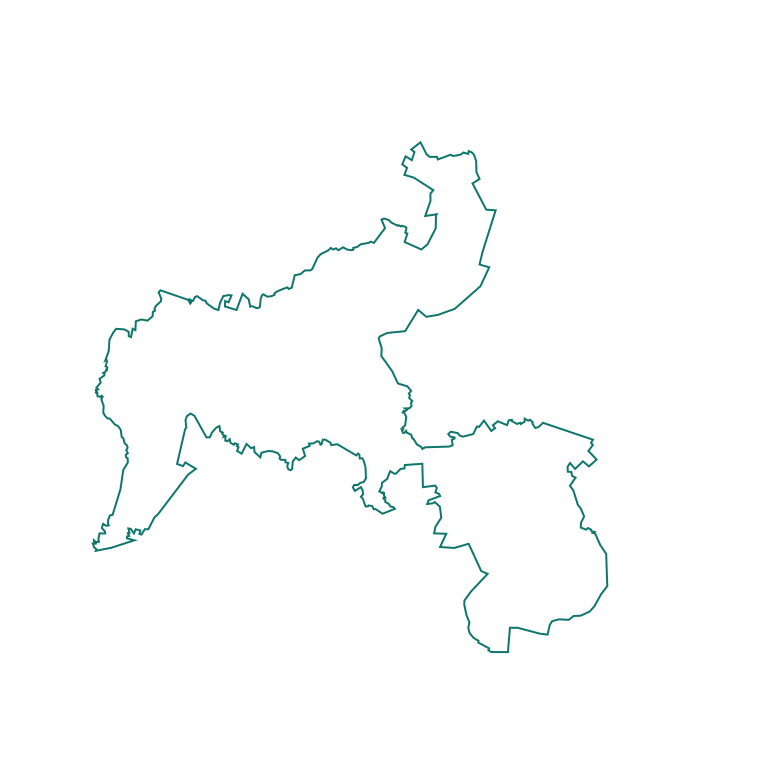 outline of Pichucalco, Chiapas, Mexico, rotated 198°
{"feature_id": "50627088B71001780437280", "entity_name": "Pichucalco", "entity_type": "district", "adm_level": 2, "iso_a3": "MEX", "parent_name": "Mexico", "parent_adm1": "Chiapas", "projection": "mercator", "projection_center": [-93.132, 17.509], "detail": "fine", "context": "isolated", "style": "outline", "palette": "teal", "viewbox_px": 768, "rotation_deg": 198, "n_neighbors": 0, "source": "geoboundaries", "source_scale": "gbopen_adm2", "svg_char_len": 6166}
<svg xmlns="http://www.w3.org/2000/svg" viewBox="0 0 768 768"><g transform="rotate(198 384 384)"><path d="M339.9,477.4L322.5,506.8L320.0,527.5L330.1,527.2L331.1,540.1L331.5,583.7L340.6,581.4L361.8,602.1L356.5,608.5L361.6,614.1L365.2,624.4L369.2,629.8L372.0,631.4L375.4,631.7L375.1,628.8L380.1,628.7L381.6,626.2L386.1,623.5L389.3,622.1L391.4,622.7L402.2,614.2L403.8,616.4L410.8,614.1L414.5,615.6L424.0,625.1L430.6,615.4L426.7,614.0L426.7,605.5L433.8,607.2L434.5,598.5L428.9,596.7L429.2,589.2L419.5,589.5L397.0,583.6L398.7,579.5L396.4,572.6L396.7,556.5L386.3,561.7L386.6,560.1L382.9,548.1L385.8,530.2L390.0,523.5L408.2,525.4L408.3,534.3L410.5,534.5L410.8,539.3L412.0,540.1L416.2,539.9L416.8,539.0L419.6,539.5L420.0,538.7L427.4,539.9L429.9,541.4L435.0,541.4L437.2,539.6L431.2,532.6L437.2,515.1L440.7,515.2L442.3,513.4L449.3,509.7L451.8,506.1L455.3,503.9L454.7,502.2L456.3,501.2L460.3,500.5L465.3,501.3L468.7,497.1L471.5,498.2L473.9,496.2L476.7,496.9L478.2,493.9L484.3,488.0L486.3,483.6L487.8,471.0L489.2,469.3L494.4,467.5L497.4,462.7L502.5,459.9L501.5,447.0L504.0,444.9L505.8,446.0L509.8,442.9L514.3,439.0L516.1,436.7L515.6,435.0L518.2,432.7L521.9,431.0L526.6,432.0L527.4,431.0L527.6,427.1L525.9,418.9L526.6,417.7L528.7,416.8L533.3,417.3L535.1,416.2L538.8,422.7L546.4,426.1L547.1,408.8L559.2,408.6L560.7,413.8L557.1,413.7L556.4,421.1L558.8,420.7L564.0,418.0L565.0,410.3L564.3,403.2L569.1,403.2L577.5,405.9L579.5,407.9L582.3,407.8L588.9,409.8L590.5,408.5L591.5,403.9L594.4,404.3L592.6,402.2L593.1,400.6L596.2,403.5L625.6,404.0L626.7,401.6L622.1,396.2L621.8,393.5L625.0,387.9L625.5,384.6L624.4,383.0L626.1,381.1L625.0,377.0L628.5,371.2L634.6,370.4L639.4,367.0L637.1,358.4L640.1,358.9L639.1,350.4L641.5,350.6L642.9,354.7L647.7,355.7L655.8,353.7L657.4,349.2L658.8,341.4L656.0,330.3L656.3,320.4L655.6,321.4L654.4,319.9L654.3,314.8L652.3,314.4L651.8,311.9L652.7,311.8L652.5,309.8L654.4,307.7L653.0,307.4L652.6,305.9L656.1,301.0L653.9,297.9L656.4,291.6L654.2,290.5L656.2,289.2L654.3,287.4L656.2,286.8L654.0,286.5L652.6,283.8L649.2,284.2L649.0,285.5L647.7,285.1L648.1,282.0L643.9,276.6L642.1,269.9L639.6,267.6L636.4,265.9L634.0,266.3L627.6,262.4L623.8,261.7L620.1,258.9L617.1,252.6L615.1,251.8L612.5,247.6L609.5,246.2L608.2,244.3L608.6,241.3L606.3,239.1L607.7,236.8L606.7,234.7L604.8,234.1L603.4,230.1L605.4,221.7L602.1,202.3L601.7,175.7L604.0,174.4L604.4,169.6L603.2,165.3L602.1,164.5L604.4,163.3L607.9,164.2L607.9,160.0L603.7,157.4L603.0,155.7L608.4,154.0L607.6,147.9L606.3,145.9L609.1,144.7L611.6,145.7L610.7,143.8L608.0,143.3L611.7,142.3L609.2,139.1L606.3,137.9L606.5,136.3L592.9,143.9L573.1,158.2L580.8,157.8L581.2,159.7L579.4,160.8L581.5,162.9L580.0,163.7L582.5,167.6L580.1,168.0L575.7,164.6L575.2,169.1L570.4,169.4L570.2,165.8L568.1,165.8L566.6,172.0L563.2,173.1L561.1,186.1L558.7,190.3L542.3,237.3L536.7,245.2L548.7,248.0L549.7,243.8L556.1,244.0L559.2,279.6L558.5,281.3L561.6,288.3L561.6,292.3L558.9,296.1L554.5,295.2L536.3,278.3L533.1,279.6L532.7,284.5L530.1,290.5L527.5,293.1L525.1,288.3L522.3,288.0L522.6,286.9L521.1,285.6L519.2,285.7L519.7,284.5L518.5,285.3L517.5,281.1L515.3,281.1L513.7,283.8L511.9,280.7L508.1,279.8L507.6,281.5L504.2,281.4L504.7,279.4L502.9,279.0L503.0,274.9L497.8,273.8L496.3,284.5L490.5,281.9L488.0,283.9L486.2,279.3L479.0,276.0L479.3,280.8L473.5,284.4L469.6,285.5L463.5,285.4L460.3,282.9L460.3,280.9L458.8,280.1L454.3,281.3L453.6,279.1L450.7,279.3L450.6,275.7L448.6,273.3L446.2,273.1L445.1,274.7L446.8,282.2L445.2,286.8L441.2,285.3L436.8,291.1L441.2,297.4L435.5,302.2L436.9,304.2L432.7,305.7L430.0,308.9L427.8,309.1L425.7,306.7L424.8,307.4L424.9,312.2L422.5,312.9L416.8,311.6L415.3,309.6L409.7,312.3L388.3,307.5L387.1,309.9L385.5,309.0L384.0,305.6L381.5,306.7L379.5,304.5L375.9,299.2L372.0,288.7L373.0,284.5L376.0,282.6L377.8,279.8L381.2,278.7L381.7,276.1L378.6,273.3L374.1,278.8L371.5,276.2L369.8,272.6L371.1,269.6L368.7,268.4L363.8,261.9L361.5,262.6L361.2,263.7L357.6,264.3L355.0,261.7L353.7,262.5L345.3,260.2L335.1,268.6L337.1,269.8L340.1,269.5L342.7,271.6L346.3,272.2L346.8,273.9L349.1,274.9L349.2,275.7L347.6,276.4L349.5,277.9L350.4,280.5L351.7,280.6L351.9,279.6L355.3,280.4L354.5,285.9L355.4,289.4L351.7,294.6L351.2,303.0L346.4,301.9L344.9,302.4L342.1,308.3L338.5,310.0L339.1,313.4L322.9,320.0L315.1,297.9L303.9,303.2L301.6,301.4L301.7,296.8L297.5,296.4L296.0,294.8L305.7,287.1L305.8,283.3L300.7,285.6L299.2,287.4L293.0,284.6L288.2,274.6L291.0,263.9L290.2,257.4L278.5,260.8L280.3,246.3L266.5,249.8L254.1,258.2L233.8,236.2L226.8,235.4L237.2,213.4L240.6,202.9L239.5,199.0L234.1,189.6L229.1,183.7L228.5,178.1L225.6,173.6L220.5,170.3L214.7,168.9L214.4,167.2L202.4,165.1L202.5,163.1L199.3,162.2L183.3,167.3L188.9,191.1L181.3,193.5L158.8,194.7L151.0,196.2L151.9,206.2L150.8,210.4L144.8,214.3L135.4,216.8L131.9,222.0L125.4,224.4L118.1,231.1L115.2,237.7L112.6,251.1L109.2,260.8L120.2,291.1L128.5,297.6L137.1,307.1L139.3,306.9L138.2,308.3L141.4,308.2L142.2,309.5L145.4,310.1L146.8,307.9L152.5,308.3L153.8,313.1L152.7,319.8L158.0,326.0L162.5,329.2L171.0,341.3L175.7,344.6L172.9,354.2L176.8,354.8L178.6,358.2L182.1,357.4L183.8,362.0L182.6,366.3L176.0,362.3L170.9,371.9L163.6,369.0L158.4,377.8L168.9,383.5L166.5,390.6L168.9,391.9L168.1,395.6L220.8,396.2L223.6,390.9L226.5,388.9L230.7,392.2L230.7,393.6L234.0,395.1L235.6,393.7L239.5,394.5L238.6,391.6L241.5,388.2L242.4,389.2L245.3,387.1L251.2,388.3L251.4,389.4L254.1,388.1L254.3,382.9L264.2,383.7L267.7,378.4L264.7,376.3L267.5,372.5L277.6,380.1L280.3,372.6L282.5,372.3L283.7,364.0L292.7,358.3L296.1,358.4L298.8,360.1L305.8,359.2L307.4,356.3L304.7,354.4L300.4,355.0L300.0,354.0L302.3,351.9L299.8,347.1L302.5,344.7L325.3,336.5L327.5,334.1L329.1,335.6L334.2,336.8L339.3,341.2L340.3,341.0L342.5,344.2L347.6,344.8L348.5,346.2L349.6,343.8L350.9,343.4L353.0,346.0L352.1,346.0L351.6,347.2L353.0,348.0L351.1,351.1L352.7,359.8L355.9,362.8L357.3,362.7L357.0,364.5L355.7,364.4L354.1,366.7L356.3,367.3L352.3,368.8L351.0,371.6L352.5,374.6L351.8,376.5L355.7,378.4L356.0,381.6L357.4,382.5L356.1,385.9L361.1,389.0L370.9,388.8L380.3,398.8L395.2,409.8L397.3,417.4L403.1,425.6L402.7,427.9L396.8,433.5L380.2,440.8L374.4,465.0L364.5,461.0L354.1,466.4L339.9,477.4Z" fill="none" stroke="#0f766e" stroke-width="2"/></g></svg>